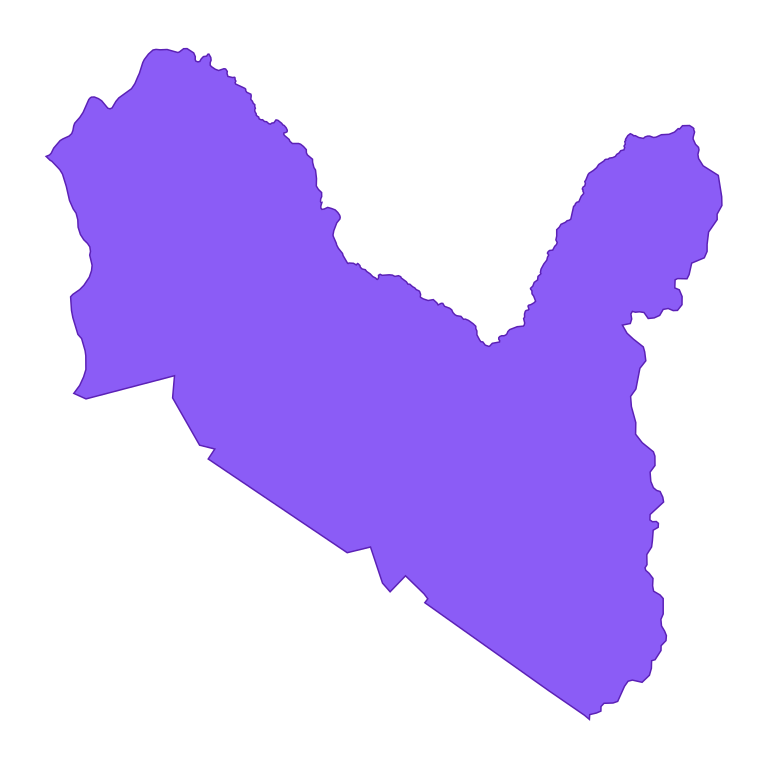 outline of Municipality G, Montevideo, Uruguay
{"feature_id": "84410073B78060489397838", "entity_name": "Municipality G", "entity_type": "district", "adm_level": 2, "iso_a3": "URY", "parent_name": "Uruguay", "parent_adm1": "Montevideo", "projection": "mercator", "projection_center": [-56.252, -34.779], "detail": "fine", "context": "isolated", "style": "filled", "palette": "violet", "viewbox_px": 768, "rotation_deg": 0, "n_neighbors": 0, "source": "geoboundaries", "source_scale": "gbopen_adm2", "svg_char_len": 6008}
<svg xmlns="http://www.w3.org/2000/svg" viewBox="0 0 768 768"><path d="M46.1,156.4L50.1,160.3L51.8,161.2L57.8,167.5L59.8,169.7L62.5,174.1L66.3,186.4L69.5,200.5L73.2,208.9L76.1,213.2L77.8,219.8L78.1,227.2L80.4,234.5L83.8,239.8L87.5,243.4L89.8,246.8L90.5,251.4L89.7,255.1L92.1,265.3L91.5,270.7L89.3,277.2L83.9,285.3L79.7,289.6L72.8,294.4L70.6,296.8L71.5,310.5L72.9,317.8L77.9,334.4L81.6,338.6L85.1,350.7L85.8,355.8L85.9,369.5L83.6,376.9L79.7,385.4L73.8,393.4L86.0,398.9L174.5,375.7L172.6,397.9L199.6,445.2L214.8,449.0L208.2,459.0L347.2,552.7L370.5,547.0L382.5,583.1L390.1,591.8L405.5,575.8L424.0,593.8L427.8,598.8L424.8,602.7L549.2,691.0L584.4,715.2L589.4,719.4L589.7,714.6L596.5,713.0L600.9,711.1L601.0,706.5L604.0,703.3L613.1,703.0L617.7,701.4L624.5,686.3L628.1,681.2L632.4,680.1L642.1,682.3L649.4,675.3L651.4,668.3L651.6,660.7L655.1,659.7L661.0,650.5L661.1,645.7L666.0,640.6L666.4,635.6L664.6,631.1L661.5,625.9L660.9,619.4L663.2,614.0L663.2,598.5L660.0,594.9L653.6,591.2L652.6,585.8L653.0,578.4L649.1,573.3L645.8,570.4L645.0,567.8L647.0,564.7L646.8,554.6L651.6,547.0L652.4,540.8L653.2,530.2L658.2,527.3L658.4,523.3L656.3,521.5L652.4,521.7L649.9,519.9L650.1,514.5L663.6,502.0L662.8,497.2L660.1,491.5L656.6,490.4L653.4,487.7L650.8,481.4L650.1,472.1L655.0,465.5L654.9,456.1L653.4,451.8L642.2,442.7L635.6,434.2L635.8,422.6L631.4,406.6L630.6,396.4L635.9,389.0L639.9,368.3L645.8,360.8L644.7,351.9L643.3,346.9L633.4,339.1L627.0,333.2L622.4,325.1L630.3,323.5L631.7,319.0L630.9,313.9L632.4,311.4L635.4,312.2L639.5,311.8L644.0,312.5L648.2,318.5L654.2,317.9L659.7,315.4L663.2,309.4L668.2,308.5L673.2,310.6L677.5,310.4L682.0,304.7L682.1,296.5L679.3,289.8L674.8,287.9L675.1,279.8L677.6,278.6L687.0,278.8L689.1,274.6L691.7,263.1L704.3,257.8L707.1,251.4L707.1,244.4L708.6,232.0L717.2,219.6L717.1,214.2L721.9,205.5L721.7,196.7L718.3,175.4L703.1,165.8L698.6,158.6L697.9,154.4L699.0,149.9L698.5,147.3L695.5,144.3L693.1,139.0L693.2,137.1L694.6,132.0L693.7,129.6L693.8,128.5L692.7,127.5L689.5,125.5L682.5,125.7L679.6,129.0L678.2,128.6L674.5,132.1L669.0,134.3L661.4,134.7L656.2,137.1L653.6,137.5L649.8,136.1L647.6,136.1L645.1,136.9L643.4,138.4L638.8,137.5L635.4,135.7L633.4,135.7L632.7,134.8L630.3,133.7L627.8,135.6L625.5,139.3L625.7,140.5L624.8,141.4L625.3,144.3L624.2,145.6L624.1,146.5L624.7,147.4L624.0,149.8L620.7,150.7L619.0,153.0L616.7,154.4L615.4,156.4L612.7,157.6L609.4,158.1L608.2,159.2L605.8,159.3L604.7,159.9L604.0,160.9L598.7,164.5L596.6,167.7L593.3,170.5L589.1,173.2L588.1,174.5L585.8,180.1L584.8,181.5L585.4,183.6L584.7,186.0L583.3,186.8L582.4,188.4L582.4,189.3L583.0,189.8L582.9,191.1L583.6,192.6L583.6,193.6L581.2,196.3L578.8,201.8L577.1,202.1L575.6,203.4L574.8,205.4L573.6,206.4L570.8,219.1L569.3,220.2L567.1,220.7L565.4,222.3L561.0,224.3L559.3,227.2L556.7,229.7L556.7,236.0L555.9,239.9L557.2,242.5L556.5,244.5L554.7,246.3L552.7,250.1L549.5,250.5L548.2,251.6L547.4,253.1L548.6,254.9L548.5,255.5L547.5,257.1L546.8,260.1L543.8,264.0L541.0,269.2L540.4,272.5L540.9,273.5L540.7,274.0L538.0,276.4L537.6,279.9L534.2,282.4L532.8,286.1L530.5,288.3L530.6,289.1L531.9,290.7L532.0,293.8L533.7,296.2L535.6,301.2L534.0,302.8L530.9,304.6L528.7,305.2L528.0,306.1L528.9,309.3L528.1,310.0L526.1,310.5L525.3,311.3L524.5,314.0L524.6,317.2L523.6,318.5L524.7,323.0L524.2,325.1L523.4,326.1L517.2,326.7L509.7,329.6L507.9,331.5L506.9,333.9L505.6,335.1L503.8,335.8L501.8,335.7L499.8,336.5L498.8,337.6L498.7,339.1L499.7,340.7L499.5,342.0L492.3,343.3L489.7,346.1L488.9,346.4L485.2,345.1L482.8,341.9L480.9,341.7L479.6,339.9L476.9,334.8L476.9,331.0L475.8,328.6L475.8,326.3L473.1,323.7L468.5,320.4L465.4,319.1L463.5,319.3L461.0,316.4L456.7,315.7L454.9,314.7L452.9,312.5L451.7,309.8L449.6,308.2L444.5,306.3L442.8,303.4L441.2,303.3L438.1,304.9L436.9,302.9L433.3,299.6L428.1,300.5L423.3,298.9L420.7,297.4L420.3,296.9L420.6,294.4L419.6,291.5L418.9,290.8L416.2,289.6L414.8,287.9L412.6,286.7L409.8,284.2L408.0,284.2L406.3,281.7L401.3,278.0L400.7,276.7L398.5,275.7L394.9,276.4L392.4,275.1L389.3,274.8L382.1,275.3L380.1,274.3L378.5,275.3L378.7,277.2L378.1,278.7L377.5,279.4L376.8,279.3L375.6,278.0L372.8,276.6L370.1,273.8L366.7,271.5L365.3,269.7L362.2,269.0L360.3,267.2L359.9,265.5L358.2,263.8L357.6,263.5L356.2,264.9L353.5,263.3L349.0,263.0L348.1,263.5L347.5,263.1L343.1,255.6L342.5,253.4L338.4,248.3L336.6,244.9L336.3,243.3L333.3,236.4L333.0,235.0L333.8,230.7L336.8,222.8L339.9,219.0L340.2,217.2L339.7,215.3L337.9,212.6L335.2,209.9L331.6,208.5L327.7,207.4L324.2,209.0L321.9,209.4L320.9,208.1L320.8,206.2L321.9,202.5L321.1,202.7L320.5,201.6L320.7,198.9L321.7,196.6L321.6,192.5L318.4,189.4L316.3,186.0L316.5,178.6L315.5,170.0L313.9,167.5L312.6,162.3L312.5,159.2L307.4,154.9L306.4,152.8L306.3,149.6L303.5,146.5L300.6,144.2L298.6,143.5L292.4,143.5L290.0,141.4L289.1,139.4L284.4,135.4L283.7,134.1L284.0,132.9L285.8,132.5L287.1,131.7L287.3,130.2L286.1,127.7L284.2,125.5L282.9,124.9L281.6,123.2L277.9,120.3L276.0,119.9L273.9,122.8L271.9,123.0L270.4,124.1L268.8,123.7L266.6,121.7L264.5,121.5L262.6,119.7L261.1,119.8L259.2,118.9L258.6,116.9L257.6,116.5L256.2,115.1L256.3,114.0L254.8,111.3L254.8,109.3L255.4,108.3L254.8,106.8L254.8,104.6L253.3,103.4L252.4,101.2L250.8,99.4L251.2,95.8L250.9,94.2L246.8,92.3L245.7,90.6L245.7,89.2L244.8,88.3L235.6,84.0L235.1,82.6L235.9,81.1L235.1,79.7L235.0,77.8L234.6,77.3L232.4,77.5L227.9,76.4L227.0,73.3L227.3,71.4L225.6,69.0L224.0,68.7L218.6,70.5L215.2,69.2L211.4,66.6L210.2,65.2L210.2,62.6L211.1,60.2L210.8,57.5L208.9,54.1L207.9,54.2L206.6,56.1L203.4,56.6L201.3,58.8L199.8,61.4L197.9,61.9L195.8,61.1L195.2,59.5L195.3,56.6L193.7,52.9L187.1,48.6L183.6,48.7L179.3,52.0L177.8,52.5L167.1,49.5L160.1,49.8L156.0,49.4L153.0,50.0L148.5,54.0L144.3,59.5L142.8,62.5L139.4,73.3L137.7,77.0L134.9,83.6L131.5,88.7L118.8,97.9L115.9,101.4L112.1,107.9L110.0,108.8L107.8,108.2L101.7,100.8L98.4,98.6L94.4,97.0L91.6,97.1L90.4,97.7L88.8,99.5L83.1,112.4L79.8,117.4L74.7,123.2L73.7,126.0L72.9,130.5L71.7,133.6L69.2,136.0L62.9,138.9L60.1,140.6L53.7,148.1L51.2,153.2L49.5,155.0L46.1,156.4Z" fill="#8b5cf6" stroke="#5b21b6" stroke-width="1.5"/></svg>